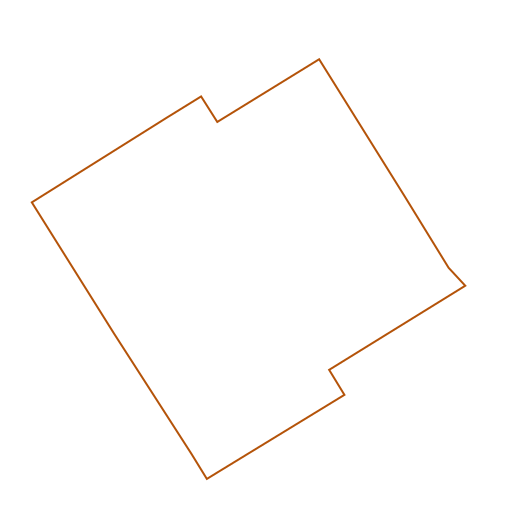 Yalobusha, Mississippi, United States of America, rotated 148°
{"feature_id": "52423323B72301028188801", "entity_name": "Yalobusha", "entity_type": "district", "adm_level": 2, "iso_a3": "USA", "parent_name": "United States of America", "parent_adm1": "Mississippi", "projection": "equal_earth", "projection_center": [-89.727, 34.03], "detail": "fine", "context": "isolated", "style": "outline", "palette": "amber", "viewbox_px": 512, "rotation_deg": 148, "n_neighbors": 0, "source": "geoboundaries", "source_scale": "gbopen_adm2", "svg_char_len": 338}
<svg xmlns="http://www.w3.org/2000/svg" viewBox="0 0 512 512"><g transform="rotate(148 256 256)"><path d="M94.3,119.9L98.9,143.9L98.3,227.8L98.2,389.4L217.8,390.2L218.0,420.4L257.5,420.6L417.7,420.3L417.5,265.3L415.6,122.2L415.8,93.0L402.5,92.9L254.6,91.4L254.3,120.7L94.3,119.9Z" fill="none" stroke="#b45309" stroke-width="2"/></g></svg>